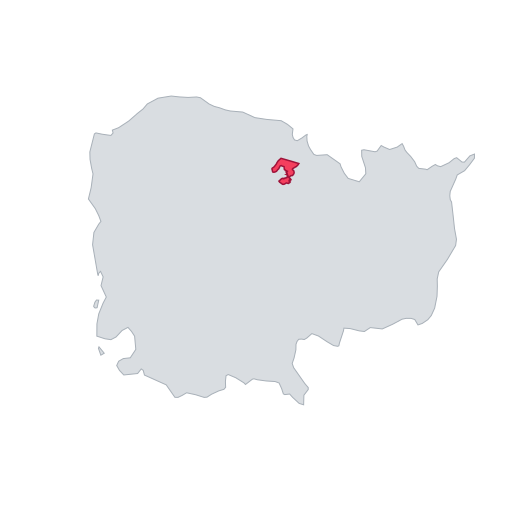 location of Tbaeng Mean Chey, Preah Vihéar, Cambodia, rotated 16°
{"feature_id": "14789045B76520670537336", "entity_name": "Tbaeng Mean Chey", "entity_type": "district", "adm_level": 2, "iso_a3": "KHM", "parent_name": "Cambodia", "parent_adm1": "Preah Vihéar", "projection": "albers", "projection_center": [105.049, 13.77], "detail": "fine", "context": "in_parent", "style": "filled", "palette": "rose", "viewbox_px": 512, "rotation_deg": 16, "n_neighbors": 0, "source": "geoboundaries", "source_scale": "gbopen_adm2", "svg_char_len": 6680}
<svg xmlns="http://www.w3.org/2000/svg" viewBox="0 0 512 512"><g transform="rotate(16 256 256)"><path d="M437.9,97.8L439.0,101.8L436.1,109.5L433.0,116.5L427.1,122.6L426.8,127.1L424.9,140.4L425.7,144.7L427.2,148.3L429.1,150.2L434.5,163.2L439.3,175.0L444.1,184.7L445.0,190.9L440.9,206.6L436.0,220.9L436.5,228.1L438.7,235.2L441.1,244.8L442.1,256.9L440.9,264.9L438.7,269.9L434.4,275.0L430.7,277.6L426.1,273.3L422.4,273.2L417.6,274.5L413.8,276.5L406.1,284.0L397.5,291.3L385.6,293.3L381.0,298.7L376.0,299.5L366.5,299.8L360.4,301.1L360.7,303.8L360.2,316.5L360.4,319.5L359.4,320.3L355.2,320.7L347.9,318.8L338.1,315.7L331.1,315.2L327.5,320.8L325.4,323.0L322.7,323.3L320.0,324.3L319.0,326.8L318.8,329.9L320.2,335.2L320.7,343.6L320.4,349.3L323.0,353.0L338.0,365.1L342.5,368.1L343.0,370.0L340.4,376.6L342.8,385.9L338.1,385.8L330.2,381.8L326.4,379.4L321.9,381.3L320.3,381.0L317.2,376.4L313.2,371.7L309.0,371.4L300.3,373.3L291.3,374.6L287.9,374.6L286.5,375.4L281.3,382.4L279.2,381.2L270.1,378.6L261.9,377.6L260.2,379.4L261.2,385.1L263.0,390.6L261.9,393.0L257.4,395.9L251.4,401.1L247.8,405.2L245.2,406.2L236.1,406.0L227.0,406.6L223.4,410.4L220.0,413.4L217.0,414.2L205.2,404.6L181.6,401.2L179.1,397.0L176.8,396.2L174.6,401.6L161.7,406.8L156.3,403.6L152.3,399.7L153.0,395.0L156.7,391.2L163.2,388.5L166.2,378.9L161.4,366.5L157.1,362.8L152.6,359.9L147.8,364.5L143.8,372.4L139.6,376.4L133.7,377.2L125.1,376.9L121.8,365.1L120.8,355.0L122.0,343.5L123.4,336.7L115.2,327.2L114.8,318.2L110.8,313.6L109.6,315.9L109.7,318.5L108.6,316.6L95.8,290.2L93.7,278.0L96.1,268.6L97.4,265.5L93.7,260.5L88.5,254.8L79.2,247.4L78.7,235.7L76.7,222.0L74.0,217.3L69.8,208.8L67.6,201.8L67.0,183.2L68.2,181.8L74.8,181.3L83.3,180.1L84.7,177.1L83.2,174.6L88.6,170.5L96.5,161.3L102.6,151.8L106.9,145.8L109.6,139.8L118.3,131.3L130.4,125.6L138.5,124.2L147.0,122.3L155.1,119.5L159.0,119.2L169.0,122.8L174.5,123.7L180.2,123.6L186.1,124.0L191.3,123.7L203.6,121.3L216.7,123.3L228.4,121.8L242.9,119.0L250.0,120.8L256.5,123.6L257.4,129.2L258.9,131.8L261.0,133.8L263.9,133.8L267.6,129.9L270.7,125.8L271.7,125.1L271.9,127.1L273.4,131.4L276.2,135.8L279.0,138.6L283.6,142.4L286.6,142.6L296.5,139.0L311.4,144.2L313.1,146.8L318.0,152.1L323.2,156.0L334.8,156.2L338.9,146.7L336.9,141.0L330.2,131.1L328.4,125.2L330.5,124.1L341.7,123.0L343.5,121.8L345.9,115.3L348.9,116.0L355.1,116.8L361.7,112.4L365.5,107.7L367.6,109.8L370.0,113.0L372.5,114.9L377.3,117.7L382.5,121.6L385.7,125.4L388.3,126.9L395.0,125.8L396.7,125.9L400.6,121.2L403.2,118.6L405.5,119.3L408.9,119.2L415.8,113.2L419.7,107.7L421.8,106.2L428.1,108.9L430.5,108.3L434.0,100.8L437.9,97.8ZM117.5,349.5L116.2,350.2L115.0,350.2L113.8,349.1L113.9,344.8L114.8,342.3L117.0,341.8L117.5,349.5ZM136.9,391.3L134.2,394.1L130.0,388.2L130.1,386.6L136.9,391.3Z" fill="#d9dde1" stroke="#a8b0b8" stroke-width="1"/><path d="M268.7,168.7L269.0,168.4L269.1,168.1L269.2,167.9L269.3,167.6L269.3,167.4L269.4,167.2L269.5,167.1L269.6,166.9L269.6,166.7L269.7,166.2L269.7,165.6L269.6,165.2L269.3,164.6L269.2,164.4L269.1,164.2L268.9,163.8L268.7,163.7L268.3,163.5L268.0,163.3L267.6,163.1L267.3,162.9L267.2,162.8L267.1,162.7L267.1,162.3L267.1,162.1L267.3,161.9L267.4,161.6L267.7,161.4L267.8,161.2L268.2,160.8L268.4,160.6L268.5,160.5L268.8,160.2L269.0,160.1L269.1,159.8L269.2,159.6L269.4,159.4L269.5,159.3L269.8,159.2L270.1,158.9L270.3,158.7L270.5,158.2L270.6,157.9L270.8,157.6L271.0,157.3L271.1,157.1L271.3,156.7L271.5,156.1L271.5,155.8L271.6,155.6L271.7,155.3L263.0,155.2L258.4,155.2L256.7,155.2L254.9,155.2L253.9,155.2L253.1,155.2L253.0,155.3L252.9,155.5L252.7,155.8L252.5,156.2L252.4,156.4L252.2,156.6L252.1,156.8L251.8,157.2L251.7,157.4L251.6,157.6L251.5,157.8L251.3,158.1L250.9,158.9L250.7,159.7L250.6,160.0L250.5,160.3L250.4,160.6L250.3,161.4L250.2,161.8L250.2,162.0L250.0,162.5L249.9,162.8L249.8,163.0L249.6,163.4L249.4,164.0L249.2,164.4L249.0,164.9L248.8,165.2L248.7,165.5L248.4,166.0L248.2,166.2L248.0,166.4L247.5,166.9L247.4,167.1L247.3,167.5L247.3,167.9L247.4,168.1L247.5,168.3L247.7,168.5L247.8,168.6L248.0,168.8L248.0,169.0L248.2,169.5L248.4,169.9L248.7,170.2L249.1,170.7L249.4,170.7L249.5,170.7L249.8,170.6L250.1,170.5L250.4,170.4L250.5,170.3L250.8,170.2L251.0,170.1L251.3,169.8L251.5,169.7L251.9,169.3L252.2,169.1L252.4,168.8L253.2,166.8L253.8,166.0L254.3,163.1L254.4,162.9L254.5,162.7L254.8,162.4L255.0,162.3L255.2,162.2L255.3,162.2L255.5,162.1L255.8,162.3L258.4,162.4L259.0,164.1L259.2,164.3L259.2,164.6L259.3,164.7L259.3,164.8L259.4,165.0L259.5,165.1L260.0,165.1L260.3,165.2L260.4,165.3L260.5,165.5L260.7,165.8L260.9,165.8L261.0,165.8L261.1,165.7L261.4,165.6L261.5,165.6L262.0,165.7L262.2,165.8L262.4,165.9L262.6,166.0L262.8,166.0L262.7,166.3L262.5,166.5L262.4,166.8L262.2,166.9L262.0,167.0L261.9,167.1L262.0,167.3L262.1,167.5L262.4,167.8L262.5,167.9L262.8,167.7L263.0,167.8L263.1,168.0L263.3,168.2L263.3,168.3L263.4,168.5L263.5,168.8L263.5,169.0L263.4,169.1L263.2,169.0L262.9,169.2L263.0,169.2L263.0,169.3L263.1,169.5L263.5,169.6L263.9,169.7L264.1,169.6L264.3,169.6L264.4,169.8L264.5,169.9L264.5,170.0L264.7,171.0L264.8,171.2L264.7,171.2L264.4,171.2L264.4,171.3L264.3,171.5L264.2,171.6L264.2,171.8L264.0,172.0L263.9,172.0L263.9,172.3L263.7,172.4L263.5,172.5L263.4,172.5L263.3,172.4L263.2,172.5L263.0,172.8L262.9,172.9L262.7,173.1L262.4,173.2L262.2,173.2L261.9,173.3L261.9,173.6L261.8,173.8L261.7,173.9L261.5,174.0L261.4,174.1L261.2,174.1L260.9,173.9L260.7,173.9L260.6,174.0L260.5,173.9L260.4,173.9L260.3,174.0L260.2,174.0L259.9,174.2L259.7,174.3L259.4,174.5L258.3,176.1L258.2,176.5L257.8,177.2L257.8,177.3L257.7,177.4L257.4,177.7L257.7,178.0L258.4,178.5L258.5,178.6L258.9,178.7L259.1,178.7L259.3,178.8L259.5,178.9L260.2,179.2L260.6,179.3L260.9,179.4L261.2,179.5L261.5,179.7L261.8,179.7L262.1,179.7L262.3,179.7L262.5,179.6L262.8,179.4L263.1,179.3L263.4,179.1L263.6,179.0L263.8,178.8L264.0,178.5L264.2,178.3L264.5,178.0L264.7,177.7L264.9,177.6L265.1,177.4L265.3,177.4L265.5,177.4L266.4,177.4L266.7,177.4L267.0,177.4L267.3,177.3L267.4,177.2L267.5,177.0L267.6,176.8L267.8,176.4L268.0,176.3L268.2,176.1L267.9,176.0L267.7,176.0L267.6,175.9L267.7,175.6L267.8,175.3L267.7,175.3L267.6,175.2L267.4,174.8L267.2,174.7L267.0,174.4L267.1,173.9L267.1,173.7L267.4,173.5L267.5,173.5L267.8,173.4L268.0,173.4L268.3,173.4L268.4,173.5L268.4,173.4L268.5,173.2L268.6,172.9L268.3,172.7L268.1,172.6L268.0,172.4L267.9,172.3L267.7,172.4L267.4,172.4L267.2,172.3L267.0,172.2L266.9,172.1L266.7,171.9L266.5,171.7L266.4,171.6L266.3,171.4L266.1,171.2L265.9,171.1L265.9,170.9L266.0,170.8L266.2,170.7L266.5,170.7L266.8,170.5L266.8,170.4L266.7,170.2L266.8,169.9L266.9,169.7L267.3,169.3L267.4,169.2L267.8,169.1L268.1,168.9L268.3,168.8L268.4,168.7L268.6,168.7L268.7,168.7Z" fill="#f43f5e" stroke="#9f1239" stroke-width="1.5"/></g></svg>